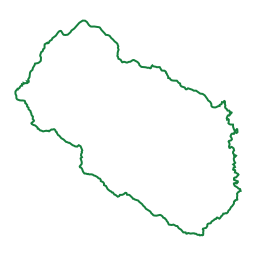 Fak Tha, Uttaradit, Thailand, rotated 270°
{"feature_id": "78962969B71814319942483", "entity_name": "Fak Tha", "entity_type": "district", "adm_level": 2, "iso_a3": "THA", "parent_name": "Thailand", "parent_adm1": "Uttaradit", "projection": "orthographic", "projection_center": [100.869, 18.015], "detail": "fine", "context": "isolated", "style": "outline", "palette": "green", "viewbox_px": 256, "rotation_deg": 270, "n_neighbors": 0, "source": "geoboundaries", "source_scale": "gbopen_adm2", "svg_char_len": 5806}
<svg xmlns="http://www.w3.org/2000/svg" viewBox="0 0 256 256"><g transform="rotate(270 128 128)"><path d="M152.8,25.3L152.5,26.1L151.6,26.5L151.0,27.2L149.5,27.1L148.4,28.5L146.9,28.5L144.8,30.6L143.6,30.7L142.7,31.3L141.5,31.4L140.4,31.9L139.5,32.9L137.0,32.7L135.9,33.7L135.2,34.0L134.8,33.7L133.0,31.5L132.6,31.4L132.0,31.8L131.0,33.5L130.7,34.8L130.2,35.6L128.4,37.6L127.3,37.7L127.1,38.7L125.6,40.1L125.4,41.3L124.6,43.1L125.3,46.3L125.0,47.1L125.2,48.2L124.7,49.0L126.5,51.4L126.5,52.9L126.8,53.8L126.7,54.4L125.8,55.3L124.2,55.9L123.9,56.7L122.8,57.0L120.8,58.2L120.4,59.2L117.8,61.3L116.5,63.6L114.1,66.1L113.8,67.4L113.2,68.5L113.2,69.5L110.8,72.6L110.4,73.8L109.6,75.2L109.4,77.2L110.8,78.8L109.7,80.6L105.6,82.3L104.5,81.7L103.5,82.0L102.1,81.2L100.4,81.0L98.8,82.0L97.8,80.7L97.4,80.6L94.6,81.6L93.1,81.8L91.9,81.6L89.8,79.8L89.4,79.7L88.7,80.0L88.4,81.1L87.0,82.1L84.4,83.0L82.6,84.3L82.4,84.9L82.5,85.8L81.9,87.3L82.1,88.2L81.6,89.2L81.7,91.1L81.4,92.7L80.6,93.7L80.2,95.1L78.9,97.5L77.8,98.4L77.3,100.0L76.3,100.7L74.9,100.8L74.0,102.8L73.5,103.4L72.5,104.0L70.9,104.0L70.0,106.0L66.8,107.7L64.9,110.1L64.5,111.2L63.6,111.8L63.5,112.9L61.4,114.4L61.2,115.4L59.3,117.8L59.9,119.2L61.1,119.9L61.1,122.0L61.8,123.7L63.1,125.2L63.2,125.8L63.0,126.4L61.2,127.1L61.2,128.9L60.9,129.6L58.1,132.5L57.3,132.9L57.2,133.8L56.6,134.5L55.4,138.3L54.3,139.1L51.7,142.3L50.5,143.0L48.9,144.8L47.3,145.8L44.7,150.0L43.9,150.7L42.6,151.4L42.0,152.3L40.8,153.3L40.5,154.1L40.3,156.4L41.1,160.0L40.6,161.3L39.6,162.5L38.3,163.3L37.9,164.7L37.3,165.0L36.3,166.2L35.1,166.7L33.7,167.9L32.0,168.5L31.4,169.0L31.0,171.7L31.4,173.5L30.0,176.1L29.9,177.4L27.8,178.7L26.3,181.1L23.6,183.3L23.6,185.6L22.4,186.3L22.3,186.8L23.0,188.2L22.4,190.5L22.7,193.1L22.6,194.4L22.2,195.0L22.3,195.9L21.3,197.3L21.1,198.1L21.3,199.1L20.6,199.9L21.0,201.4L20.7,202.2L21.1,203.1L23.0,203.3L23.7,203.1L25.3,203.5L26.6,202.8L27.3,203.0L28.2,206.2L29.9,207.3L31.3,207.3L32.0,207.7L32.5,208.8L32.7,210.5L33.2,211.0L34.4,211.5L36.0,214.0L36.7,214.5L37.0,215.9L38.3,216.7L38.4,217.6L37.8,218.3L37.4,219.5L38.6,220.6L39.8,221.2L40.4,222.2L42.4,223.3L42.3,224.4L42.8,225.4L42.7,226.7L43.8,227.9L45.5,228.5L46.5,229.8L48.9,231.0L49.7,232.0L52.0,233.7L53.0,234.0L54.0,233.9L54.6,234.2L55.4,234.9L55.3,235.3L55.9,235.6L56.3,236.5L56.2,237.0L56.4,237.3L58.2,237.0L60.8,237.3L62.2,237.0L63.7,238.0L64.2,239.0L64.9,239.5L65.1,240.6L66.9,240.1L67.5,238.4L68.6,237.4L70.2,234.7L71.9,233.9L72.6,233.9L73.0,235.2L73.0,235.8L72.6,236.2L72.7,236.9L73.2,237.3L73.9,237.4L74.1,237.9L74.8,237.7L75.2,236.0L75.8,235.2L75.9,234.3L76.3,234.0L77.8,234.0L78.4,234.7L78.7,236.2L81.3,238.5L82.2,237.9L82.7,236.7L83.5,235.7L83.6,234.9L85.5,235.2L85.9,235.0L86.2,234.4L86.1,233.5L86.4,233.1L88.4,233.7L88.9,235.0L90.6,234.3L91.6,233.2L93.1,235.2L93.4,235.2L93.7,234.7L95.9,233.9L97.7,233.8L98.9,234.5L99.1,235.1L100.3,236.1L100.7,235.5L100.2,234.6L100.2,234.1L101.7,233.9L102.7,233.1L103.6,233.0L104.5,233.2L105.6,234.1L107.6,233.6L108.8,232.2L109.1,231.3L108.0,229.9L108.3,229.3L109.6,229.0L111.5,229.6L112.8,229.4L114.4,228.6L115.1,229.0L115.6,231.0L116.6,231.9L117.7,231.7L119.8,230.5L121.7,231.3L122.4,232.2L122.1,233.2L122.2,234.0L123.6,234.3L124.0,234.7L123.9,235.2L123.0,236.3L123.3,237.0L123.9,237.5L126.2,237.3L126.8,237.2L126.9,236.9L125.4,235.5L125.3,235.0L126.3,234.1L129.1,233.1L131.4,233.0L131.5,230.3L132.0,229.2L132.8,228.4L133.8,228.7L136.4,228.8L136.9,228.3L136.3,227.1L137.8,226.7L139.9,227.5L140.8,228.3L140.4,229.1L140.7,229.6L141.6,230.0L142.9,231.4L143.5,231.6L143.7,231.2L143.5,229.8L144.6,229.8L145.4,229.2L145.4,227.5L147.1,226.6L147.7,225.6L149.1,225.0L150.4,225.4L152.0,224.9L154.2,225.0L155.0,224.5L154.9,224.1L153.6,223.2L153.9,222.0L151.9,221.5L151.1,219.7L150.0,219.6L150.1,219.0L149.7,218.2L149.6,217.5L149.2,217.0L148.6,215.6L148.6,214.1L148.9,212.6L149.3,212.0L150.1,211.4L152.1,211.3L153.3,210.7L154.2,210.1L155.6,208.1L157.1,207.3L160.7,204.7L162.1,202.6L162.4,200.2L165.3,196.1L165.3,193.8L166.3,192.2L167.7,188.0L166.7,186.7L166.8,185.7L168.5,184.7L169.6,181.4L170.1,180.9L171.0,180.3L172.5,180.1L173.2,178.6L175.3,176.9L175.4,173.4L175.7,171.7L176.4,170.6L177.7,169.8L178.0,168.2L179.5,168.2L181.4,167.0L182.6,166.7L183.1,166.0L184.3,165.8L185.3,164.5L185.4,162.1L185.6,161.6L188.9,159.7L188.8,156.7L189.2,155.9L189.7,153.2L190.6,152.4L189.7,151.5L188.0,150.9L187.7,150.2L188.3,148.9L188.2,147.5L188.7,145.8L189.1,141.4L190.9,139.4L192.4,139.0L194.0,137.5L196.0,133.8L195.8,132.6L194.3,130.4L194.1,128.7L193.5,127.4L193.5,126.3L194.1,124.7L194.1,123.5L193.7,122.5L193.8,122.1L196.3,120.6L197.3,118.4L199.2,118.0L199.6,117.5L200.5,117.4L201.4,117.7L202.9,117.6L205.1,118.1L206.2,118.6L208.3,117.9L209.7,118.3L211.1,117.7L212.0,117.5L213.0,116.7L214.6,114.6L216.6,112.9L217.9,111.3L220.2,109.6L220.9,108.0L221.2,105.7L222.6,104.7L226.0,101.5L228.4,99.9L228.8,99.0L229.5,94.2L229.4,91.8L229.6,90.5L231.1,88.8L233.9,87.0L235.3,85.1L235.4,82.7L233.2,79.3L227.4,74.2L225.5,71.5L223.8,70.5L221.3,67.7L221.0,65.3L221.2,63.7L221.7,63.1L224.9,61.2L225.1,60.3L224.7,59.2L223.6,58.1L220.3,55.8L217.8,52.4L216.2,51.7L215.1,49.8L213.0,48.6L212.7,47.8L213.3,47.3L211.7,44.7L210.2,44.5L208.7,44.6L207.6,44.3L206.7,43.1L205.4,42.9L204.7,42.5L203.9,41.2L200.8,40.2L200.1,40.2L198.5,41.0L195.2,40.8L193.7,39.3L192.9,37.9L192.4,35.0L190.7,34.5L188.1,32.9L186.2,32.5L184.5,30.6L183.2,30.0L178.8,29.5L176.7,28.2L175.5,28.3L175.0,28.8L174.1,28.7L174.0,28.4L174.4,27.3L173.6,27.7L173.0,27.5L172.9,27.2L172.9,25.0L172.6,24.6L173.1,23.5L172.2,23.5L171.7,22.6L171.8,22.0L170.4,22.1L170.4,21.2L169.4,20.2L168.0,19.5L167.6,18.9L167.3,17.7L166.5,17.8L166.3,16.8L164.6,15.5L162.9,15.4L161.7,15.6L160.4,16.3L157.9,16.4L157.1,16.8L156.5,17.4L155.6,20.0L155.5,23.1L155.2,24.6L154.7,25.0L152.8,25.3Z" fill="none" stroke="#15803d" stroke-width="2"/></g></svg>